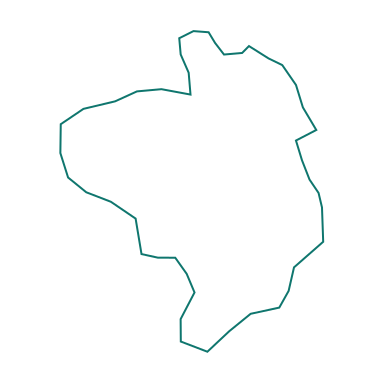 the Capital Metropolitan City of Seoul, rotated 266°
{"feature_id": "KOR-2497", "entity_name": "Seoul", "entity_type": "Capital Metropolitan City", "adm_level": 1, "iso_a3": "KOR", "parent_name": "South Korea", "parent_adm1": "", "projection": "mercator", "projection_center": [127.023, 37.556], "detail": "fine", "context": "isolated", "style": "outline", "palette": "teal", "viewbox_px": 384, "rotation_deg": 266, "n_neighbors": 0, "source": "natural_earth", "source_scale": "10m", "svg_char_len": 692}
<svg xmlns="http://www.w3.org/2000/svg" viewBox="0 0 384 384"><g transform="rotate(266 192 192)"><path d="M240.0,63.4L268.8,65.8L282.5,89.5L287.8,121.6L296.2,144.1L296.7,168.7L289.3,197.3L311.2,197.0L330.0,190.3L346.3,190.0L352.4,204.7L350.2,219.7L339.1,225.4L326.9,233.5L327.2,251.7L333.6,259.0L319.9,277.7L312.3,290.9L291.5,303.2L268.7,308.5L245.2,320.3L236.1,299.3L216.1,303.9L196.2,310.1L182.2,318.2L167.5,320.6L133.2,319.4L109.7,288.5L86.6,281.5L70.6,271.0L66.4,242.0L50.5,219.4L31.6,196.2L43.6,170.4L66.0,171.8L91.6,187.5L110.7,181.0L127.6,170.7L128.9,153.3L133.6,137.3L169.4,133.9L187.9,110.4L199.1,86.5L215.1,69.4L240.0,63.4Z" fill="none" stroke="#0f766e" stroke-width="2"/></g></svg>